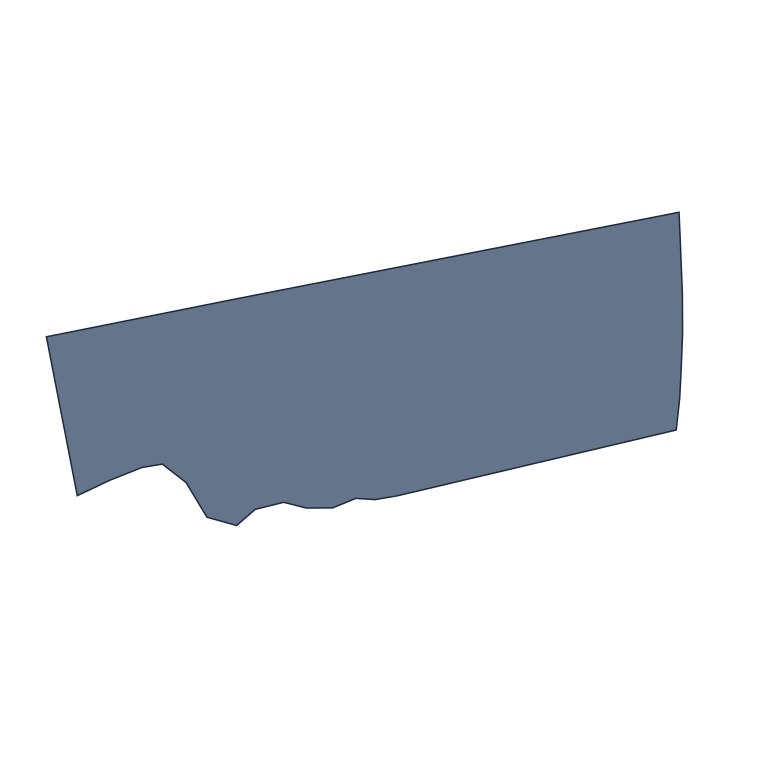 Madre de Deus, Brazil, rotated 169°
{"feature_id": "56859067B85050337998632", "entity_name": "Madre de Deus", "entity_type": "district", "adm_level": 2, "iso_a3": "BRA", "parent_name": "Brazil", "parent_adm1": "", "projection": "equal_earth", "projection_center": [-38.635, -12.74], "detail": "fine", "context": "isolated", "style": "filled", "palette": "slate", "viewbox_px": 768, "rotation_deg": 169, "n_neighbors": 0, "source": "geoboundaries", "source_scale": "gbopen_adm2", "svg_char_len": 453}
<svg xmlns="http://www.w3.org/2000/svg" viewBox="0 0 768 768"><g transform="rotate(169 384 384)"><path d="M706.4,332.9L671.6,341.8L637.8,348.2L616.9,347.7L597.1,325.0L583.2,287.0L555.7,273.2L534.4,285.5L505.0,287.0L484.1,277.1L458.1,272.2L433.5,277.1L414.8,272.2L392.1,271.7L105.9,283.1L96.4,313.7L89.8,340.3L81.4,375.9L74.0,414.8L65.6,469.6L61.6,496.3L509.8,495.8L706.4,494.8L706.4,332.9Z" fill="#64748b" stroke="#1e293b" stroke-width="1.5"/></g></svg>